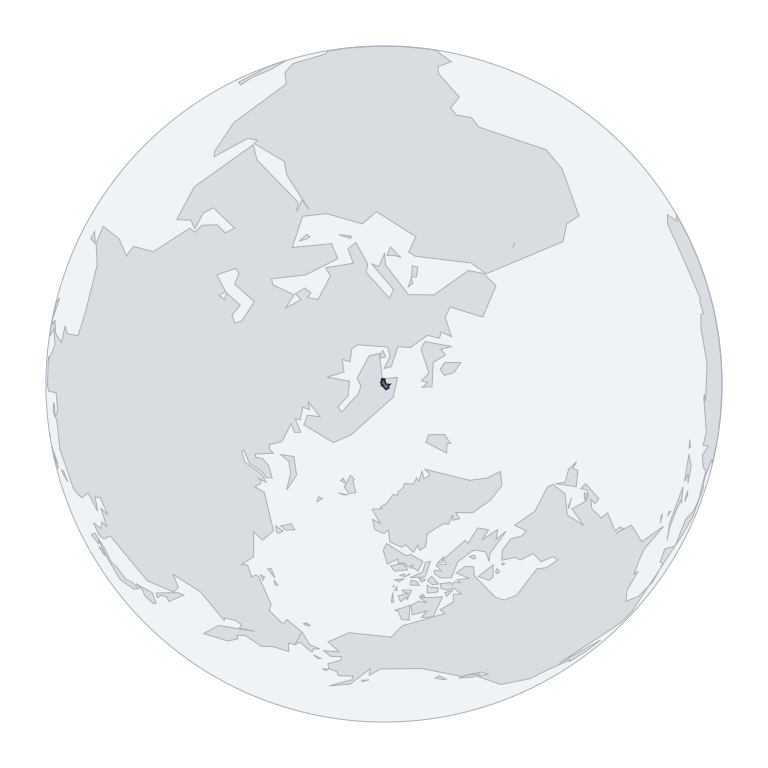 globe centered on Buskerud, rotated 194°
{"feature_id": "NOR-918", "entity_name": "Buskerud", "entity_type": "County", "adm_level": 1, "iso_a3": "NOR", "parent_name": "Norway", "parent_adm1": "", "projection": "orthographic", "projection_center": [9.402, 60.275], "detail": "fine", "context": "on_globe", "style": "filled", "palette": "slate", "viewbox_px": 768, "rotation_deg": 194, "n_neighbors": 0, "source": "natural_earth", "source_scale": "10m", "svg_char_len": 12414}
<svg xmlns="http://www.w3.org/2000/svg" viewBox="0 0 768 768"><g transform="rotate(194 384 384)"><circle cx="384" cy="384" r="338" fill="#eef3f6" stroke="#a8b0b8"/><path d="M46.1,386.3L47.5,390.5L49.9,372.0L50.2,363.2L48.8,361.5L52.4,329.6L57.5,311.2L88.5,223.0L95.9,210.7L102.6,202.9L146.4,155.6L111.9,187.9L122.6,174.3L137.4,159.1L136.7,161.4L156.9,145.6L171.0,133.5L198.0,120.7L222.2,123.0L213.0,127.6L219.9,128.1L231.8,122.6L238.0,118.9L277.8,117.2L318.5,106.7L327.9,97.8L328.5,104.5L344.2,84.7L364.1,77.8L343.6,89.2L343.1,93.2L357.6,90.0L360.2,93.6L368.8,94.3L370.6,99.0L358.5,105.9L359.5,109.2L369.7,106.9L378.0,110.5L362.8,113.4L375.7,120.3L357.8,134.2L315.8,140.2L307.8,153.7L269.6,175.9L275.0,178.5L263.9,189.3L266.0,196.6L258.3,199.1L266.7,202.8L273.3,199.1L279.2,199.6L281.1,203.7L271.6,207.5L269.2,206.0L267.4,209.3L261.9,209.5L265.7,211.7L254.0,216.2L268.2,218.0L261.1,226.8L252.6,228.1L250.1,219.8L224.3,203.9L214.9,203.6L204.2,211.0L191.0,241.6L182.0,245.0L172.3,255.6L178.7,257.2L188.6,249.6L198.1,255.7L209.1,246.2L214.6,247.5L227.2,241.5L228.8,251.4L223.5,264.5L213.1,270.1L210.5,276.2L223.2,278.5L206.7,297.0L200.6,323.4L195.9,327.6L181.7,321.1L174.4,301.3L155.9,294.9L171.4,308.4L159.5,319.4L159.0,325.3L161.7,330.5L167.6,330.1L164.2,336.1L147.7,324.5L150.4,318.8L155.7,322.4L152.2,313.4L140.9,306.6L135.8,313.1L124.3,297.4L120.4,302.1L115.8,301.6L122.7,295.1L110.1,306.9L95.7,293.4L78.3,313.6L91.6,286.6L94.0,273.6L95.4,260.1L92.4,263.1L98.3,242.5L96.7,231.7L85.8,239.5L75.5,256.6L69.9,277.7L73.0,277.9L71.7,291.8L62.4,297.2L58.4,326.0L52.9,335.6L50.4,349.7L50.9,361.2L50.6,377.9L54.0,380.3L57.9,392.0L54.3,402.4L59.4,401.7L59.6,415.3L69.5,445.4L67.8,445.4L75.7,482.7L90.0,514.9L93.3,528.3L91.1,529.6L97.4,540.1L97.5,543.1L127.8,583.2L147.6,607.8L149.9,616.8L139.1,612.9L141.5,619.3L124.2,600.1L108.5,579.7L94.4,558.1L81.9,535.5L71.3,512.0L62.4,487.8L55.4,462.9L50.4,437.7L47.2,412.0L46.1,386.3ZM73.2,318.1L69.0,356.7L66.6,340.8L67.9,342.4L70.0,331.3L72.2,313.9L71.4,300.7L73.2,318.1ZM82.1,321.7L82.5,315.9L82.8,320.9L82.1,321.7ZM240.3,116.8L231.8,122.2L220.0,126.1L226.8,121.1L240.3,116.8ZM263.0,111.1L259.8,114.3L252.4,112.6L256.6,111.3L263.0,111.1ZM334.1,91.0L326.7,93.4L333.0,89.9L334.1,91.0ZM369.6,93.6L370.9,91.9L374.8,93.0L369.6,93.6ZM225.4,236.6L226.2,239.0L223.5,238.9L225.4,236.6ZM230.1,231.9L226.3,229.9L228.0,227.4L230.3,228.6L230.1,231.9ZM381.1,101.4L387.0,104.1L378.9,102.5L381.1,101.4ZM234.4,234.9L231.4,223.2L234.4,218.9L245.7,220.1L234.4,234.9ZM389.0,106.4L403.3,113.1L407.3,109.7L403.8,123.7L392.9,113.0L382.3,111.5L388.7,109.7L389.0,106.4ZM274.6,196.2L267.6,200.3L271.7,193.2L274.6,196.2ZM275.8,191.6L280.0,170.0L291.2,166.4L287.5,174.2L300.7,166.9L304.1,175.7L297.7,181.7L289.7,182.2L297.1,185.2L275.8,191.6ZM399.6,130.6L401.2,133.4L397.2,131.8L399.6,130.6ZM281.9,199.3L281.7,195.1L291.4,191.6L293.5,199.4L289.7,198.0L281.9,199.3ZM302.5,160.8L310.1,159.8L314.9,166.6L318.5,167.2L305.2,175.6L302.5,160.8ZM288.4,200.9L294.3,203.5L291.4,209.0L282.7,203.2L288.4,200.9ZM293.1,187.5L297.8,186.3L295.8,189.5L293.1,187.5ZM284.5,230.5L284.1,225.2L289.1,222.8L284.5,230.5ZM296.7,204.2L297.7,202.3L299.6,200.9L302.8,203.8L296.7,204.2ZM309.5,179.9L310.0,183.1L315.3,176.8L319.1,181.9L309.5,186.7L315.3,186.8L316.5,188.4L307.3,190.6L309.5,179.9ZM311.9,202.5L301.0,210.8L300.6,221.0L296.1,223.2L297.5,206.6L311.9,202.5ZM310.0,195.3L310.1,200.2L304.5,200.3L300.9,197.1L310.0,195.3ZM325.2,183.8L321.8,174.7L324.0,174.0L325.2,183.8ZM312.9,205.4L315.5,203.3L313.5,206.1L312.9,205.4ZM322.7,190.3L321.2,187.1L323.7,186.4L322.7,190.3ZM322.0,202.1L318.5,204.6L315.9,202.4L322.0,202.1ZM323.2,196.6L327.1,196.4L317.1,200.1L322.1,195.3L323.2,196.6ZM325.4,190.1L326.4,188.7L325.6,191.6L325.4,190.1ZM333.7,209.3L321.7,214.4L316.1,209.4L328.5,205.0L333.7,209.3ZM721.1,360.4L721.3,365.8L719.7,361.7L718.7,366.7L715.2,354.0L707.0,346.2L707.4,363.3L703.7,356.3L692.6,356.8L691.1,381.4L691.1,430.3L697.3,450.4L694.6,469.0L676.3,460.9L665.0,446.1L660.3,456.9L639.9,456.5L610.2,488.1L604.2,485.4L599.0,494.0L584.4,498.1L574.6,492.2L566.5,499.0L592.1,513.8L600.6,506.2L605.2,488.9L611.0,496.2L624.9,493.4L615.7,529.5L568.8,584.5L561.4,570.6L511.1,539.4L511.0,532.6L510.7,532.0L509.9,530.9L508.2,542.8L498.6,534.9L528.5,562.7L534.7,575.9L568.2,585.9L565.7,590.0L575.6,589.4L603.9,563.4L604.7,568.6L593.0,601.2L551.4,651.5L555.4,662.2L549.7,672.9L520.3,690.2L519.5,693.1L503.8,699.8L501.3,700.9L475.3,709.3L448.7,715.7L421.7,719.8L414.4,720.2L396.6,713.0L408.4,705.2L406.3,698.5L380.4,680.6L386.3,668.0L378.7,662.5L363.4,663.6L354.3,656.3L344.7,655.4L283.4,650.5L263.2,635.8L235.5,594.2L245.5,583.6L244.7,565.5L311.5,515.7L328.6,522.5L384.5,515.6L392.0,518.0L388.6,534.7L433.1,549.4L443.7,534.2L480.9,535.4L503.6,527.0L506.1,494.2L468.8,507.5L459.3,494.4L486.6,470.8L518.6,458.9L515.9,453.4L493.0,448.7L497.7,433.9L484.8,445.9L492.0,449.9L484.1,457.8L477.0,454.7L479.0,449.4L468.5,450.1L462.0,475.8L468.7,482.7L443.0,493.7L451.6,506.4L445.6,514.6L428.8,496.3L428.4,488.1L399.4,468.4L397.5,477.9L424.7,497.4L417.4,496.8L415.1,510.6L411.1,499.6L381.8,476.6L356.9,482.6L329.7,514.5L314.2,515.3L299.1,506.4L304.4,472.8L338.5,474.8L340.8,463.8L330.0,446.1L341.3,448.5L341.1,441.9L353.6,441.7L367.4,425.7L379.5,423.7L381.2,402.6L387.7,399.0L384.8,412.3L389.3,420.8L419.0,415.7L423.7,410.4L422.4,397.3L430.7,397.9L425.7,386.0L441.0,376.9L418.1,378.3L416.0,363.9L423.2,350.7L418.4,346.4L406.7,368.0L405.8,376.4L411.5,383.2L405.3,407.5L395.9,412.6L386.9,388.7L372.5,393.6L371.8,373.6L403.8,326.5L419.1,315.0L452.0,325.0L450.6,335.3L438.0,336.7L453.0,348.2L450.2,341.1L457.1,341.9L456.8,328.9L461.7,328.9L453.1,316.9L459.1,315.4L464.4,323.0L469.1,303.5L480.6,297.4L479.3,293.0L474.7,290.1L492.2,284.8L490.5,281.8L484.1,282.4L476.4,277.1L469.8,265.8L476.3,264.6L479.5,268.5L496.0,275.1L503.7,286.1L505.7,284.5L500.5,274.7L480.4,266.5L474.6,260.2L484.5,262.5L480.4,261.2L479.5,257.6L484.7,253.1L474.0,250.0L455.7,214.9L463.9,203.3L474.7,208.9L468.7,184.9L478.4,174.8L472.5,175.2L465.6,164.6L462.5,167.6L459.1,167.0L440.1,142.7L440.6,136.5L425.6,127.6L422.6,127.9L421.4,132.0L403.8,123.7L407.3,109.7L414.1,109.5L411.7,101.4L427.5,102.4L439.4,99.9L458.0,106.5L465.8,104.4L463.9,101.5L473.2,96.9L498.6,98.2L486.2,109.7L449.7,112.6L465.3,112.2L464.2,116.3L471.2,118.7L482.1,118.5L481.8,115.9L511.6,137.8L542.4,148.3L534.3,136.6L537.8,131.3L565.9,135.8L613.1,170.5L618.2,165.9L624.2,168.8L632.3,179.1L623.8,175.2L624.4,181.9L618.3,178.4L628.4,194.5L620.3,190.3L632.1,205.4L636.9,204.3L631.0,191.2L644.8,206.8L649.6,200.4L659.5,206.7L682.7,242.3L692.4,268.9L695.0,273.1L694.0,278.8L700.0,296.2L707.8,295.9L710.1,301.2L716.4,329.8L715.2,326.6L712.7,341.7L717.5,358.0L719.7,349.7L720.6,353.8L721.1,360.4ZM292.2,547.5L291.2,553.3L292.2,547.5ZM555.4,460.5L572.7,449.4L559.9,435.3L565.5,430.0L559.1,427.3L558.9,434.3L542.5,425.7L548.2,414.5L543.5,407.0L537.4,410.4L529.7,432.6L553.2,444.8L551.3,455.5L555.4,460.5ZM70.0,446.2L70.7,451.8L68.8,447.0L70.0,446.2ZM63.7,342.5L64.0,349.1L63.4,354.0L62.6,349.6L63.7,342.5ZM72.4,395.7L74.0,403.8L71.3,397.1L72.4,395.7ZM68.9,362.5L71.1,389.7L66.0,378.1L65.1,361.1L67.2,370.3L68.9,362.5ZM76.9,324.5L76.6,329.2L75.0,329.8L76.9,324.5ZM82.4,325.5L82.2,324.1L83.4,320.6L82.4,325.5ZM160.5,320.0L161.7,321.1L163.3,327.0L160.3,325.6L160.5,320.0ZM184.2,346.2L178.3,355.2L180.4,347.6L175.0,347.1L172.7,330.8L193.5,328.8L184.5,332.4L184.2,346.2ZM175.5,309.1L174.6,319.2L174.7,308.3L175.5,309.1ZM327.6,407.0L333.1,411.8L330.1,419.5L314.7,423.4L318.9,412.1L327.6,407.0ZM341.5,417.0L336.8,393.0L346.2,390.1L341.7,395.7L348.4,396.2L343.0,405.4L356.5,426.7L354.8,435.0L327.3,436.8L337.3,431.4L331.3,426.8L341.5,417.0ZM308.4,341.4L306.5,332.2L329.3,337.6L328.4,345.6L313.1,349.6L305.0,342.5L308.4,341.4ZM255.0,239.8L252.8,236.8L255.4,235.7L259.4,237.2L255.0,239.8ZM283.9,228.2L267.3,252.0L263.9,249.6L258.3,267.0L247.2,267.7L251.2,256.4L238.5,270.3L237.7,260.3L230.0,270.6L240.2,245.1L239.0,237.2L244.6,245.7L254.8,245.1L258.8,242.5L269.4,229.2L271.8,212.3L282.3,209.5L289.1,212.0L290.1,215.6L283.0,216.2L289.5,220.7L279.9,224.4L283.9,228.2ZM362.4,249.9L353.7,247.9L365.2,259.7L355.7,262.5L357.6,263.7L351.9,269.7L348.4,279.2L343.7,279.1L344.3,282.9L340.6,287.1L340.0,292.3L331.2,294.2L329.7,300.9L326.4,298.0L326.1,309.0L322.4,301.8L317.2,306.9L323.6,311.2L277.7,311.2L261.4,317.6L249.9,327.2L245.0,314.1L252.7,297.0L266.9,280.5L283.3,276.6L278.1,271.6L284.4,268.4L285.9,273.6L287.4,263.7L293.0,262.5L305.7,249.3L304.4,236.2L309.0,231.3L312.3,235.8L314.6,227.8L323.9,233.2L327.4,229.9L340.1,232.2L344.4,243.3L348.0,238.8L357.8,240.6L362.4,249.9ZM337.2,210.2L344.5,222.3L342.9,229.9L321.5,222.8L317.1,225.1L303.3,221.3L305.9,210.5L309.6,212.5L313.8,212.0L311.3,215.6L316.5,212.3L321.7,215.1L327.1,213.4L328.0,217.7L337.2,210.2ZM398.7,511.0L404.1,511.2L412.3,509.5L410.9,518.4L398.7,511.0ZM378.5,495.8L383.1,494.4L385.2,505.6L379.5,505.6L378.5,495.8ZM383.9,484.3L383.2,493.4L380.3,488.5L383.9,484.3ZM389.0,410.4L393.8,408.3L394.9,411.2L393.1,416.1L389.0,410.4ZM394.4,287.2L389.6,284.4L390.6,282.3L385.1,271.9L391.7,269.2L397.6,274.5L394.4,287.2ZM500.8,502.0L495.3,510.4L491.4,508.9L494.0,506.3L500.8,502.0ZM451.8,517.1L463.8,518.0L451.3,519.6L451.8,517.1ZM400.6,282.6L397.6,278.5L402.8,279.7L400.6,282.6ZM396.3,266.8L402.0,267.2L391.9,267.7L396.3,266.8ZM561.0,671.8L558.1,673.6L558.5,672.8L570.3,661.5L586.7,649.1L595.5,639.5L598.2,641.5L573.5,663.8L561.0,671.8ZM721.9,384.3L719.5,388.9L720.3,378.5L721.4,365.8L721.9,384.3ZM698.3,450.8L703.7,454.0L701.7,461.9L698.3,450.8ZM696.3,254.8L695.1,252.1L695.2,252.4L696.3,254.8ZM689.2,239.2L690.5,241.8L691.0,243.1L689.2,239.2ZM698.3,277.6L700.3,286.1L698.7,284.1L695.1,272.1L698.3,277.6ZM667.1,212.6L673.3,218.7L675.9,222.3L673.8,221.9L667.1,212.6ZM452.8,257.5L453.1,274.7L457.6,286.0L467.1,290.5L453.9,291.9L446.8,274.4L452.8,257.5ZM454.7,220.1L446.4,216.8L449.8,213.7L452.2,214.0L454.7,220.1ZM449.9,221.3L440.1,225.9L435.3,221.1L444.0,218.4L449.9,221.3ZM420.6,253.8L420.2,259.0L416.0,257.8L420.6,253.8ZM685.6,231.6L689.8,240.7L682.5,229.7L679.4,222.8L686.2,233.7L684.4,229.3L685.6,231.6ZM620.8,156.8L617.4,155.9L612.4,149.8L616.2,152.1L620.8,156.8ZM593.0,130.6L610.0,148.0L623.0,163.0L622.4,160.0L631.5,167.0L628.6,169.4L614.3,155.9L605.7,145.3L597.8,140.9L587.3,132.1L579.3,130.3L572.5,126.0L577.2,124.5L593.0,130.6ZM576.1,130.1L558.3,125.4L552.0,116.1L554.5,115.1L565.3,121.0L568.0,125.5L576.1,130.1ZM552.1,121.7L554.5,126.1L533.4,131.7L527.4,130.7L540.1,120.8L543.1,124.6L549.4,125.1L552.1,121.7ZM404.3,132.1L401.5,133.3L402.1,130.7L404.3,132.1ZM457.6,169.0L453.1,167.8L454.0,164.5L457.6,169.0ZM441.1,162.9L443.3,167.4L438.3,163.1L441.1,162.9ZM448.6,177.5L442.9,169.4L452.1,176.4L448.6,177.5Z" fill="#d9dde1" stroke="#a8b0b8" stroke-width="1"/><path d="M387.2,386.8L387.2,387.0L387.3,387.3L387.4,387.5L387.5,387.5L387.6,387.8L387.6,388.1L387.4,388.3L387.2,388.5L387.1,388.4L387.0,388.2L387.1,387.9L387.0,387.7L387.0,387.4L386.9,387.3L386.7,387.2L386.4,387.2L386.5,387.3L386.3,387.4L386.2,387.4L386.0,387.6L385.9,387.5L385.6,387.7L385.6,387.8L385.6,388.0L385.9,388.3L386.0,388.5L385.9,388.6L385.1,388.6L385.1,389.0L384.8,388.9L384.7,388.8L384.6,388.7L384.4,388.5L384.2,388.5L384.2,388.4L384.3,388.3L384.3,388.2L384.2,388.1L384.1,387.7L384.0,387.4L383.9,387.3L383.9,387.2L383.9,386.9L383.7,386.6L383.4,386.5L383.4,386.3L383.4,386.1L383.3,385.9L383.2,385.8L382.9,385.6L382.8,385.3L382.7,385.0L382.6,384.9L382.4,384.7L381.1,384.5L380.7,384.4L380.4,384.4L379.6,384.7L379.4,384.8L379.0,384.7L378.8,384.7L378.3,384.9L378.6,384.4L378.8,383.9L378.9,383.7L378.9,383.1L379.0,382.5L379.0,382.3L378.8,381.9L378.8,381.7L378.7,381.6L378.4,381.4L378.8,381.1L379.0,381.0L379.1,380.9L379.2,380.5L379.3,380.3L379.6,380.1L379.8,380.1L380.1,380.1L380.3,379.8L380.4,379.7L380.5,379.6L380.6,379.3L380.7,379.0L380.8,379.0L381.0,379.2L381.1,379.3L381.3,379.5L381.6,379.6L381.8,379.8L381.9,380.0L382.1,380.1L382.5,380.2L382.8,380.4L383.5,380.9L383.7,381.0L383.8,381.1L383.8,381.3L384.0,381.8L384.0,382.2L384.2,382.3L384.5,382.3L384.7,382.5L385.0,382.7L385.2,382.8L385.2,382.7L385.2,382.4L385.2,382.2L385.3,382.1L385.5,382.0L385.6,381.9L385.6,381.7L385.9,381.7L386.0,381.9L386.0,382.0L386.2,382.3L386.2,382.5L386.3,382.6L386.4,383.2L386.4,383.3L386.6,383.8L386.7,384.0L386.9,384.1L387.4,384.5L387.6,384.7L387.4,385.1L387.3,385.3L387.2,385.3L386.9,385.7L386.9,386.0L386.8,386.3L386.8,386.5L387.0,386.7L387.1,386.8L387.2,386.8Z" fill="#64748b" stroke="#1e293b" stroke-width="1.5"/></g></svg>